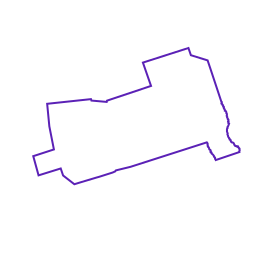 the district of Santa Rosa, Mendoza, Argentina, rotated 252°
{"feature_id": "61730980B20079308616386", "entity_name": "Santa Rosa", "entity_type": "district", "adm_level": 2, "iso_a3": "ARG", "parent_name": "Argentina", "parent_adm1": "Mendoza", "projection": "robinson", "projection_center": [-68.23, -33.529], "detail": "fine", "context": "isolated", "style": "outline", "palette": "violet", "viewbox_px": 256, "rotation_deg": 252, "n_neighbors": 0, "source": "geoboundaries", "source_scale": "gbopen_adm2", "svg_char_len": 2400}
<svg xmlns="http://www.w3.org/2000/svg" viewBox="0 0 256 256"><g transform="rotate(252 128 128)"><path d="M185.4,210.2L185.6,162.4L160.9,162.9L160.5,116.5L159.4,115.8L165.4,101.7L166.9,101.7L176.0,58.6L153.9,53.7L130.5,50.9L130.5,29.2L110.6,28.3L110.3,51.5L102.9,51.6L91.1,59.6L91.0,66.0L90.7,78.7L90.6,83.2L90.5,85.0L90.4,99.6L90.7,102.4L91.0,102.8L91.3,103.1L91.4,103.3L91.4,103.7L90.3,118.3L90.0,195.8L90.0,198.5L89.8,198.7L89.5,198.8L89.1,198.7L88.8,198.8L88.3,198.9L88.0,198.8L87.7,198.5L87.4,198.4L87.1,198.5L86.6,198.5L86.2,198.2L85.3,198.3L85.2,198.6L84.7,198.7L84.2,198.8L83.8,198.9L83.0,198.7L82.4,198.8L82.2,198.9L81.8,199.5L81.2,199.7L80.6,199.5L80.4,199.3L79.9,199.0L79.6,199.0L79.2,199.2L79.1,199.4L79.1,199.8L78.8,199.9L78.3,199.7L78.0,199.8L77.8,199.7L77.1,200.1L76.7,200.4L76.3,200.6L75.8,200.8L75.3,200.9L74.9,201.1L74.6,201.0L74.4,200.9L73.9,201.0L73.7,201.1L73.4,201.4L73.1,201.6L72.6,201.6L72.0,201.3L71.5,201.3L71.2,201.4L71.0,201.6L70.4,201.6L70.7,226.3L71.1,226.2L71.4,226.6L71.6,226.9L71.9,227.2L72.6,227.2L73.0,227.3L73.3,227.6L74.0,227.7L74.5,227.5L74.6,227.2L75.0,227.1L76.2,227.0L76.1,226.6L76.2,226.2L76.7,226.2L77.2,226.0L77.3,225.5L77.4,225.0L77.7,224.5L78.3,224.2L78.9,224.2L79.2,223.9L79.8,223.9L80.6,223.9L81.2,223.7L81.6,223.3L82.0,223.0L82.1,222.4L82.6,222.0L82.8,221.9L83.3,221.7L83.9,221.7L84.3,221.9L84.8,221.9L85.0,221.6L85.4,221.2L85.9,221.4L86.3,221.3L86.5,221.0L86.8,220.9L87.3,221.1L88.2,220.7L88.6,220.6L89.3,220.6L90.0,220.8L90.7,220.6L91.3,220.6L91.5,220.7L91.9,221.1L92.6,221.1L93.2,221.1L93.8,221.0L94.4,221.1L95.0,221.4L95.7,221.5L96.7,222.0L97.0,222.3L97.2,222.7L97.8,222.7L98.1,222.8L98.2,223.1L98.5,223.5L99.5,224.3L99.9,224.7L101.0,225.5L101.3,225.2L101.8,224.9L102.2,225.2L103.0,225.6L103.3,225.2L104.5,226.0L104.8,226.1L105.2,226.0L105.5,225.6L105.9,225.6L106.3,225.8L107.4,225.5L108.0,225.8L108.6,225.9L109.0,225.6L109.5,225.8L110.1,226.2L110.5,226.3L111.3,226.4L111.6,226.1L112.1,226.2L113.0,226.4L113.5,226.3L113.9,226.2L114.2,225.8L114.5,225.4L115.0,225.6L115.8,225.8L116.1,225.6L116.6,225.3L116.9,225.2L117.5,225.3L117.9,225.6L118.4,225.7L118.6,225.5L119.0,225.1L120.2,225.5L120.7,225.2L120.9,224.9L121.4,225.0L121.7,225.0L121.9,224.7L122.3,224.4L122.7,224.5L123.1,224.9L123.4,225.2L123.7,225.2L124.0,225.2L124.3,225.0L124.4,224.9L158.6,224.7L167.7,224.6L177.8,210.3L185.4,210.2Z" fill="none" stroke="#5b21b6" stroke-width="2"/></g></svg>